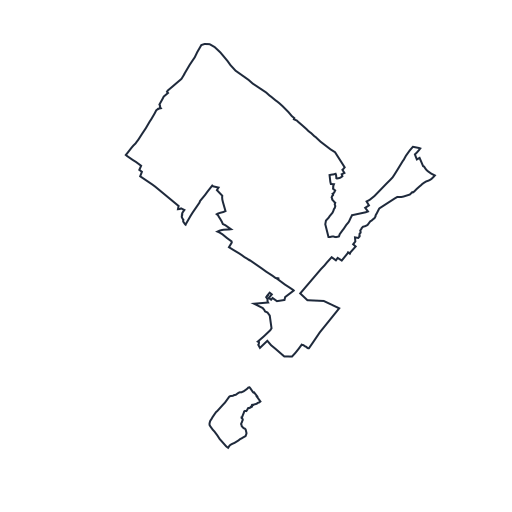 outline of San Martín de las Pirámides, México, Mexico, rotated 15°
{"feature_id": "50627088B75839204947328", "entity_name": "San Martín de las Pirámides", "entity_type": "district", "adm_level": 2, "iso_a3": "MEX", "parent_name": "Mexico", "parent_adm1": "México", "projection": "mercator", "projection_center": [-98.819, 19.696], "detail": "fine", "context": "isolated", "style": "outline", "palette": "slate", "viewbox_px": 512, "rotation_deg": 15, "n_neighbors": 0, "source": "geoboundaries", "source_scale": "gbopen_adm2", "svg_char_len": 6073}
<svg xmlns="http://www.w3.org/2000/svg" viewBox="0 0 512 512"><g transform="rotate(15 256 256)"><path d="M348.7,174.7L352.0,177.9L349.0,181.2L352.0,183.5L352.6,184.0L350.6,185.4L338.1,191.8L338.1,192.4L337.6,194.6L337.0,198.1L336.6,199.6L335.2,202.5L333.7,207.0L333.0,208.6L331.2,213.3L331.1,215.4L331.0,215.7L328.5,217.0L327.4,217.2L325.7,217.1L324.4,217.5L322.4,218.6L321.1,218.9L314.7,207.4L314.4,203.7L316.3,200.1L316.8,198.5L318.7,194.4L319.1,192.0L319.1,190.7L319.7,189.0L319.6,188.6L319.7,187.3L318.6,185.5L318.8,184.1L317.6,183.5L316.9,183.0L315.0,181.8L314.8,181.0L313.9,179.9L314.0,178.8L314.0,178.5L314.6,177.4L314.3,177.1L314.6,176.1L314.6,175.5L314.4,175.5L314.8,175.0L315.3,173.6L315.3,173.2L315.5,172.2L313.0,171.1L312.8,169.3L312.6,169.2L312.5,168.3L312.7,166.5L309.7,167.1L308.6,165.1L306.1,158.8L307.8,157.9L309.8,157.1L311.6,156.0L312.4,157.1L313.3,159.5L313.5,160.1L314.1,160.2L315.6,159.5L316.7,158.9L317.6,158.1L318.2,157.4L318.8,156.6L317.6,154.9L319.9,152.9L317.2,150.4L317.6,149.8L318.7,147.4L305.5,135.3L300.4,133.7L288.8,128.9L284.7,126.7L282.9,125.7L281.4,125.2L277.6,123.1L275.8,122.4L274.0,121.6L272.0,120.4L265.8,117.3L262.2,115.6L260.4,114.6L257.2,114.1L257.3,112.9L254.4,111.6L250.1,108.6L242.9,104.4L239.0,102.4L236.5,101.3L234.6,100.6L229.6,98.3L227.5,97.5L224.0,95.7L223.1,95.3L208.2,90.3L203.2,87.8L188.3,82.3L182.0,78.3L178.0,75.0L168.9,68.6L162.0,64.9L156.8,63.5L155.9,63.5L151.5,64.5L148.6,66.4L146.5,74.2L145.4,80.0L144.3,83.1L142.5,88.4L139.6,98.9L139.7,99.0L138.2,104.1L137.7,104.9L127.9,119.1L127.5,120.4L128.8,121.3L125.6,125.9L125.2,127.9L123.5,134.7L123.6,134.9L124.1,135.2L124.6,136.1L124.7,136.5L124.6,136.9L125.8,137.9L123.4,139.1L123.5,139.4L122.4,140.4L122.1,140.8L121.9,141.3L121.2,144.5L120.5,147.1L119.4,151.1L118.6,153.4L116.5,161.1L114.4,167.3L112.2,174.2L111.2,176.6L110.5,178.5L109.0,181.0L107.8,183.5L105.1,189.9L104.1,192.1L105.6,192.8L112.3,195.2L115.7,196.2L121.7,198.6L121.0,203.0L124.0,204.2L123.5,209.0L137.4,213.8L140.7,215.1L167.8,227.5L168.3,227.7L168.5,231.0L170.5,230.2L171.3,229.4L174.9,230.1L174.1,232.2L173.6,233.9L173.9,234.5L174.0,234.9L173.9,235.3L174.0,235.5L173.8,235.7L173.9,236.0L174.1,236.4L174.1,237.4L174.5,237.9L174.7,238.2L175.6,239.1L175.9,239.5L176.4,239.7L176.5,240.2L176.6,241.2L177.0,241.8L179.4,243.8L179.9,244.0L180.0,243.2L182.4,234.2L183.6,230.3L187.6,219.0L187.7,217.4L191.0,210.2L192.5,206.3L195.5,199.3L196.5,199.8L202.1,199.6L201.2,202.5L207.8,206.5L208.1,208.1L208.9,210.3L210.1,212.5L214.9,220.5L213.0,222.0L210.5,223.4L208.2,224.9L207.3,225.8L208.6,226.4L209.3,227.0L209.8,227.6L211.9,229.5L214.1,231.7L215.7,233.7L218.4,234.2L224.9,236.6L223.2,237.3L217.9,239.0L215.8,240.0L214.3,240.9L212.5,242.4L214.5,242.7L217.9,243.7L223.4,246.2L228.6,248.2L229.1,249.3L227.6,254.5L232.2,255.9L238.9,257.8L242.2,258.9L245.2,260.1L247.9,260.8L250.1,261.6L250.1,261.4L250.7,261.5L264.7,266.5L269.9,268.5L277.6,271.0L280.6,272.2L281.1,272.2L282.1,271.9L284.2,271.7L282.7,272.7L291.3,276.1L296.3,277.7L301.0,279.3L301.4,279.6L294.8,288.1L294.9,291.1L287.9,294.2L282.9,292.3L281.9,294.3L279.2,293.2L279.7,292.2L281.2,289.0L278.7,287.9L277.2,291.2L277.5,291.3L276.5,293.1L278.4,294.8L278.6,296.0L279.2,297.3L279.7,297.8L266.5,302.6L275.8,304.5L276.3,304.7L276.9,305.3L277.6,305.6L279.1,307.2L281.7,307.6L284.7,310.0L289.7,321.8L289.0,324.0L284.3,331.7L279.9,338.2L281.2,338.5L281.5,340.2L281.2,341.2L283.6,343.7L288.9,335.0L293.7,338.3L299.0,340.7L308.4,345.3L309.3,345.7L316.8,343.8L319.0,339.6L321.1,334.9L323.1,329.8L323.7,330.0L324.4,329.8L325.0,329.9L327.2,330.7L328.1,330.7L329.2,331.4L329.9,331.6L330.4,331.6L331.0,331.4L333.2,325.3L337.4,313.2L349.9,285.0L333.1,281.9L317.1,285.4L308.4,280.7L322.2,251.7L324.6,247.4L326.2,243.8L329.4,237.6L334.3,239.5L335.4,236.7L340.0,238.2L344.0,229.2L343.9,228.7L344.2,228.6L346.1,229.5L346.2,229.2L346.0,228.6L349.8,221.0L346.8,219.5L348.2,216.3L346.8,212.4L350.1,212.1L351.0,210.3L350.9,209.7L350.6,209.6L350.3,207.6L351.0,206.4L350.8,205.6L350.1,204.4L350.8,202.5L350.8,201.9L351.7,200.1L353.8,198.9L355.7,197.2L357.4,192.9L358.4,192.0L360.1,189.4L360.6,189.0L361.2,186.8L361.0,185.9L361.4,184.2L361.5,184.1L362.7,178.4L363.0,177.9L375.2,164.4L377.2,162.4L379.0,162.0L381.1,161.4L382.1,160.9L383.1,160.4L388.7,156.8L390.4,153.9L391.1,154.0L392.1,152.8L393.9,149.6L396.0,146.4L397.1,144.9L397.9,143.5L399.3,141.8L401.1,139.9L403.2,138.5L404.4,137.4L405.5,136.2L407.0,133.7L407.9,131.9L404.0,131.1L400.2,129.7L398.6,128.9L397.2,127.9L395.2,126.1L394.2,126.0L388.6,118.9L386.4,121.1L384.6,118.7L383.2,116.7L384.5,114.6L385.9,111.8L386.8,109.6L385.5,109.5L379.3,109.9L377.2,114.2L374.9,120.3L374.2,123.1L373.9,124.5L373.2,126.3L370.2,136.5L368.6,141.7L367.6,144.7L366.1,147.5L363.3,152.3L354.9,167.4L351.4,172.2L350.6,173.0L348.7,174.7ZM283.7,384.5L282.6,385.1L282.1,386.1L281.4,387.1L279.2,389.8L277.1,391.5L275.7,391.8L275.2,392.1L273.8,393.5L272.6,395.1L271.9,395.6L270.9,395.9L270.7,396.3L269.7,397.1L267.8,397.8L266.8,398.5L266.5,399.0L264.0,405.6L262.6,408.2L258.6,416.0L257.9,416.9L257.2,418.7L255.7,423.0L255.2,425.0L254.5,426.9L254.4,428.6L254.5,430.1L254.9,431.3L256.0,432.4L259.2,435.0L261.3,436.3L265.1,439.3L268.3,442.2L270.0,443.3L276.5,447.6L278.7,448.5L279.5,446.1L280.0,445.3L281.0,444.2L282.3,443.1L283.6,442.1L286.8,438.7L288.1,436.9L289.2,436.0L290.5,434.6L292.5,432.7L292.7,431.0L292.7,429.6L291.1,426.6L290.7,426.1L289.8,425.6L288.6,425.5L287.4,424.8L286.5,424.2L286.2,424.0L285.7,422.9L285.1,422.2L285.1,421.6L285.4,420.1L285.4,419.2L285.6,418.2L285.6,417.7L285.5,417.3L285.1,416.8L284.0,416.2L283.8,415.6L284.3,415.3L284.4,413.7L284.8,410.5L284.8,409.2L285.4,408.5L286.8,408.3L287.4,406.7L287.6,405.4L287.8,404.9L288.2,404.7L288.8,404.7L289.7,404.0L289.9,403.8L289.9,403.2L290.6,403.1L291.0,402.8L291.1,402.5L291.0,402.0L290.9,401.7L290.6,401.5L290.6,401.1L290.7,400.8L291.2,400.6L291.7,400.9L291.9,400.8L292.3,400.1L295.0,398.5L295.1,398.2L295.6,397.5L297.0,396.6L297.9,395.4L293.1,391.5L293.4,391.2L289.4,388.2L288.9,388.6L288.2,388.2L284.7,385.2L283.7,384.5Z" fill="none" stroke="#1e293b" stroke-width="2"/></g></svg>